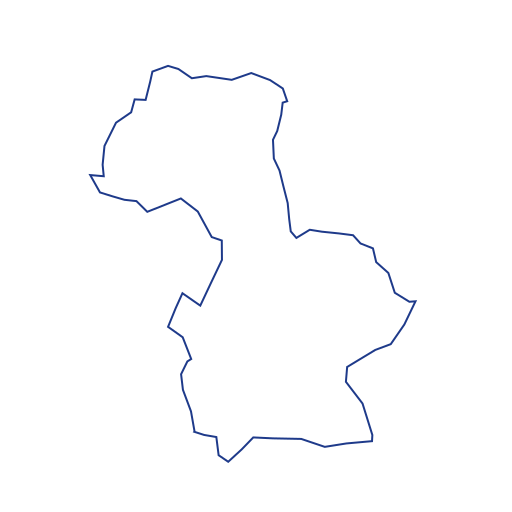 outline of Mamonia, Paphos, Cyprus, rotated 80°
{"feature_id": "46923920B75791166452809", "entity_name": "Mamonia", "entity_type": "district", "adm_level": 2, "iso_a3": "CYP", "parent_name": "Cyprus", "parent_adm1": "Paphos", "projection": "equal_earth", "projection_center": [32.626, 34.767], "detail": "fine", "context": "isolated", "style": "outline", "palette": "blue", "viewbox_px": 512, "rotation_deg": 80, "n_neighbors": 0, "source": "geoboundaries", "source_scale": "gbopen_adm2", "svg_char_len": 1160}
<svg xmlns="http://www.w3.org/2000/svg" viewBox="0 0 512 512"><g transform="rotate(80 256 256)"><path d="M109.0,198.4L95.7,200.5L85.2,211.6L75.0,228.9L78.3,249.3L70.2,273.7L69.8,288.3L58.4,299.9L53.5,309.6L56.4,326.0L66.1,330.0L83.1,337.6L80.7,348.3L92.8,354.0L100.4,370.7L121.3,386.1L139.5,391.2L151.0,392.1L147.5,405.2L166.3,398.6L172.3,387.0L177.8,375.8L181.2,364.2L193.6,355.4L186.3,320.0L202.1,305.6L229.7,296.3L234.8,287.0L253.9,290.2L274.8,305.1L295.2,319.5L279.9,334.9L293.5,344.2L310.5,354.9L323.3,342.3L346.2,337.7L347.9,341.9L359.4,350.3L375.1,351.2L397.7,347.0L418.1,347.0L418.4,347.3L423.2,338.2L427.4,326.5L445.7,327.4L453.8,319.1L444.0,303.7L434.2,290.2L438.5,271.1L444.0,243.2L455.9,221.4L456.3,199.5L458.0,179.6L458.5,173.9L452.5,172.5L419.8,176.7L395.5,189.3L381.1,185.5L369.2,154.8L366.2,138.6L349.2,121.8L328.3,106.8L327.7,112.9L316.3,125.7L295.7,128.6L282.9,138.7L268.8,139.5L261.8,150.9L252.4,156.8L248.2,170.3L243.5,186.9L239.5,198.5L245.2,213.1L237.8,217.5L225.4,216.9L209.4,215.6L192.3,216.9L175.9,218.0L163.1,221.5L144.5,219.1L136.6,213.4L121.2,206.6L109.6,203.1L109.0,198.4Z" fill="none" stroke="#1e3a8a" stroke-width="2"/></g></svg>